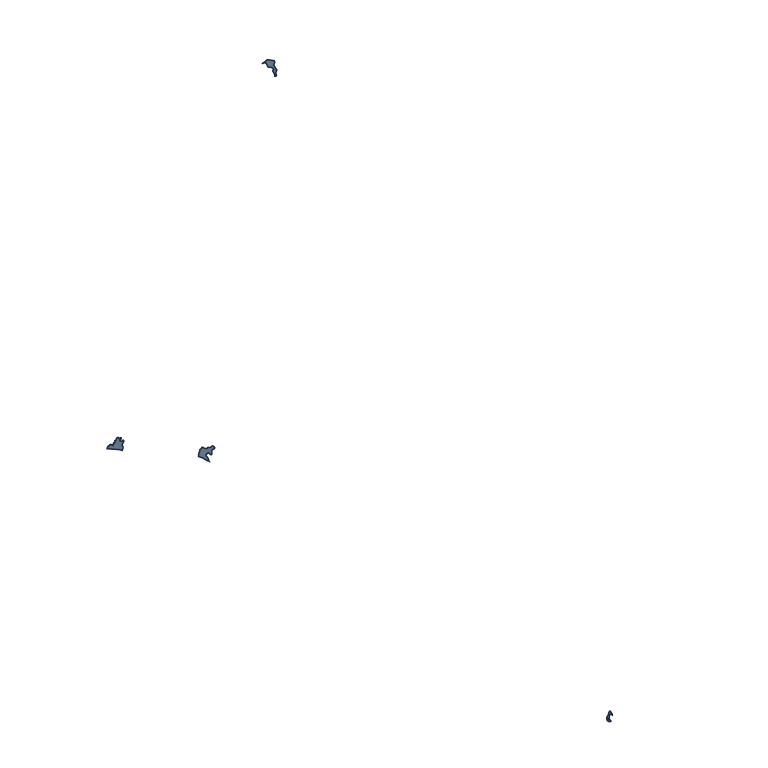 Puducherry, Albers equal-area conic projection, rotated 97°
{"feature_id": "IND-3262", "entity_name": "Puducherry", "entity_type": "Union Territory", "adm_level": 1, "iso_a3": "IND", "parent_name": "India", "parent_adm1": "", "projection": "albers", "projection_center": [79.32, 13.78], "detail": "fine", "context": "isolated", "style": "filled", "palette": "slate", "viewbox_px": 768, "rotation_deg": 97, "n_neighbors": 0, "source": "natural_earth", "source_scale": "10m", "svg_char_len": 2368}
<svg xmlns="http://www.w3.org/2000/svg" viewBox="0 0 768 768"><g transform="rotate(97 384 384)"><path d="M482.0,548.3L481.6,550.3L479.4,555.2L478.6,559.3L478.0,559.3L475.7,559.4L473.8,559.0L473.3,558.8L472.9,558.7L472.5,558.7L472.0,558.8L471.6,558.8L471.3,558.5L470.5,557.7L470.1,557.4L469.6,557.2L469.1,557.1L468.9,556.7L468.9,556.1L469.4,555.2L469.6,554.5L469.8,553.6L469.8,552.8L469.7,552.0L469.4,551.7L468.7,551.5L468.4,551.1L468.3,550.6L468.3,550.0L468.3,549.5L468.3,549.1L468.0,548.5L466.5,547.1L466.3,546.5L466.4,545.9L466.8,545.3L467.6,544.4L467.8,544.2L468.2,544.2L468.7,544.4L469.5,545.3L470.0,546.1L470.7,546.6L471.6,546.8L474.2,546.3L474.9,546.4L475.3,546.9L475.3,547.3L475.1,547.8L474.8,548.2L473.7,549.5L473.5,549.9L473.6,550.3L473.9,550.5L474.8,551.0L475.1,551.3L475.7,552.0L476.2,552.1L476.9,551.8L478.6,550.0L479.9,549.1L481.9,548.4L482.0,548.3ZM481.9,635.8L481.4,638.4L482.0,651.0L481.4,651.0L479.1,650.2L479.0,649.5L478.5,649.1L477.6,648.7L477.2,647.8L477.7,647.3L477.5,647.0L477.4,646.6L478.1,646.0L478.1,645.5L477.4,645.3L476.9,645.2L476.4,645.1L475.6,645.4L475.3,645.1L475.4,644.6L475.3,644.2L474.9,643.9L474.2,643.9L473.4,644.4L472.8,644.1L472.5,643.3L471.8,643.0L470.9,643.0L470.1,642.6L469.5,642.0L469.5,641.0L470.3,640.3L470.5,639.8L469.9,639.6L469.4,639.0L469.4,638.3L470.8,638.3L471.9,639.2L472.3,639.2L472.8,639.0L472.9,638.7L472.8,637.6L472.5,636.8L471.9,636.6L471.5,636.1L471.7,635.5L472.3,635.2L474.1,635.7L475.8,636.5L476.5,636.6L476.9,636.1L478.3,635.3L480.0,635.3L481.9,635.8ZM83.6,537.6L80.0,540.2L79.7,541.6L81.0,544.3L78.4,541.1L77.8,540.6L77.3,540.4L76.9,540.0L76.5,539.6L76.3,539.3L76.3,537.9L76.5,532.3L78.1,531.6L79.6,532.0L81.2,532.3L81.7,531.6L82.3,531.1L83.5,530.4L84.2,529.6L85.3,528.6L86.7,528.9L88.1,529.4L89.5,528.9L90.5,528.3L91.8,528.8L91.8,530.0L90.5,530.0L89.6,530.7L88.4,531.4L87.5,532.2L86.6,532.7L86.0,532.2L85.4,531.9L84.1,533.0L83.4,535.2L83.7,536.3L83.6,537.6ZM684.8,117.0L684.1,118.6L684.5,119.4L685.6,119.7L688.4,119.7L689.2,119.4L689.8,118.9L690.4,118.0L690.8,117.6L691.1,117.6L691.4,118.0L691.6,118.4L691.7,119.8L691.1,120.5L690.2,120.7L689.1,120.6L688.7,121.1L690.3,121.6L689.2,122.1L688.2,122.3L687.2,122.1L685.1,121.1L683.1,120.9L682.1,120.6L681.0,119.8L681.1,119.5L681.7,119.1L682.3,118.6L682.9,118.0L683.5,117.5L684.1,117.1L684.8,117.0Z" fill="#64748b" stroke="#1e293b" stroke-width="1.5"/></g></svg>